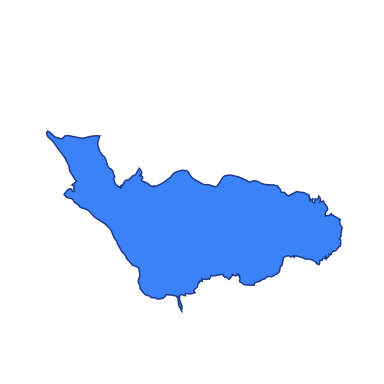 Magherani, Mures, Romania, rotated 236°
{"feature_id": "2599482B35155087466971", "entity_name": "Magherani", "entity_type": "district", "adm_level": 2, "iso_a3": "ROU", "parent_name": "Romania", "parent_adm1": "Mures", "projection": "equal_earth", "projection_center": [24.936, 46.581], "detail": "fine", "context": "isolated", "style": "filled", "palette": "blue", "viewbox_px": 384, "rotation_deg": 236, "n_neighbors": 0, "source": "geoboundaries", "source_scale": "gbopen_adm2", "svg_char_len": 5959}
<svg xmlns="http://www.w3.org/2000/svg" viewBox="0 0 384 384"><g transform="rotate(236 192 192)"><path d="M134.2,274.5L134.7,272.4L134.7,270.0L135.3,269.5L136.9,268.9L140.1,268.4L141.5,266.0L141.8,265.9L145.0,266.6L149.4,266.2L150.5,265.0L152.1,263.8L155.4,259.2L157.6,256.6L159.2,255.2L161.8,253.4L163.1,252.9L164.5,251.9L165.6,251.0L166.7,249.5L168.2,245.0L171.4,243.6L178.3,239.2L184.0,234.0L185.9,231.2L187.1,228.1L187.0,226.6L186.6,225.1L182.7,216.3L183.4,214.4L184.2,213.3L188.3,210.3L191.6,205.9L202.4,200.3L207.9,199.7L209.6,200.1L211.5,199.8L213.0,199.1L213.6,198.3L214.5,196.8L214.9,196.8L215.8,195.8L217.8,188.6L217.4,185.8L216.3,182.8L216.1,181.9L216.2,179.0L216.0,177.6L215.8,172.3L216.1,170.0L217.0,165.3L216.9,164.9L217.1,164.6L217.5,164.8L218.3,164.3L217.8,163.8L218.0,163.4L217.8,163.0L218.7,162.6L219.8,161.4L220.9,161.0L221.4,160.5L221.8,160.4L222.2,160.6L223.2,160.2L223.6,159.8L224.8,159.8L225.3,159.6L225.9,158.9L226.1,158.2L227.0,158.2L228.0,157.3L228.5,157.3L228.8,157.0L229.7,156.7L230.3,157.0L230.9,157.6L231.1,158.6L231.4,159.1L232.3,159.5L233.6,159.2L234.8,157.9L235.0,158.0L234.8,159.4L235.3,160.2L236.3,161.4L238.7,161.7L241.2,161.5L237.8,154.6L238.1,153.2L238.6,152.2L237.6,147.4L237.5,146.3L238.6,144.1L238.5,142.6L238.1,141.3L237.5,140.0L236.3,138.3L236.4,138.1L236.7,137.9L236.3,136.8L236.4,136.6L236.9,137.2L237.0,137.2L236.9,135.9L236.8,135.7L235.1,135.8L235.1,135.6L238.1,133.5L239.0,133.7L240.1,133.2L241.8,133.1L244.7,133.6L246.8,134.6L247.2,135.8L247.7,136.4L248.8,136.8L250.2,136.8L254.0,138.1L255.2,138.0L256.7,137.6L257.3,137.2L258.7,136.7L260.5,136.7L261.6,136.8L262.9,137.4L268.1,138.9L270.5,139.0L272.5,138.3L274.7,138.2L276.8,138.2L278.9,138.6L283.3,140.1L285.3,141.1L288.0,144.2L290.0,147.0L292.0,144.3L294.4,140.0L297.5,131.8L298.8,130.1L308.5,120.4L309.5,118.0L309.2,116.2L308.8,114.9L308.9,113.7L310.5,112.2L314.2,109.2L315.5,108.7L317.5,108.4L321.4,107.4L323.2,106.4L322.8,105.3L321.7,104.2L319.7,103.6L318.0,103.5L310.2,105.3L308.3,105.1L304.6,105.1L294.6,105.7L290.6,105.7L285.5,104.9L282.6,104.6L279.1,102.9L277.3,102.4L265.3,102.1L264.9,96.4L263.6,97.0L263.3,97.4L262.5,97.7L261.9,97.2L261.5,96.7L261.5,96.3L261.0,96.2L260.4,95.4L259.3,95.4L258.5,94.8L258.6,93.9L258.9,93.5L261.1,93.5L262.5,93.2L263.0,92.6L263.2,92.0L263.3,90.7L263.0,89.1L262.3,86.4L261.3,84.4L257.8,85.2L257.0,85.7L253.4,88.7L251.7,89.0L249.3,88.8L245.8,90.2L241.7,90.8L237.6,94.1L234.7,95.7L233.5,96.1L227.4,96.9L224.5,97.6L214.7,101.9L208.7,103.3L205.5,103.5L198.6,102.0L196.0,101.9L193.2,102.1L191.0,101.3L183.4,100.6L180.0,100.7L178.8,101.2L175.4,101.2L173.3,100.5L169.6,101.3L164.9,101.6L160.0,104.9L158.8,105.4L153.9,103.2L150.8,101.4L150.2,99.6L147.7,97.2L143.0,96.2L140.7,94.8L139.7,95.1L138.6,95.2L137.6,95.1L133.5,95.7L131.1,97.0L130.3,98.4L127.1,99.3L125.2,102.0L122.5,103.6L122.1,104.2L121.9,105.2L120.9,106.0L121.0,107.6L120.1,108.5L120.3,109.8L120.3,111.5L121.2,112.1L121.0,113.6L120.2,114.5L117.0,118.7L116.2,119.2L115.9,119.3L114.7,120.7L114.1,120.9L113.2,120.7L113.1,121.4L112.5,121.5L107.6,118.6L105.1,117.6L103.8,117.2L103.2,117.8L101.3,117.1L99.7,116.8L99.0,116.9L100.1,117.4L100.9,118.5L102.6,119.5L103.2,120.1L104.0,119.9L104.9,120.2L105.4,120.1L105.7,120.5L106.3,120.3L107.1,121.0L107.9,121.0L108.7,121.3L110.0,121.2L110.4,121.4L110.8,121.9L110.9,122.5L111.9,122.8L112.4,123.2L112.5,123.6L113.3,124.1L112.8,126.1L110.1,128.0L109.7,128.8L111.5,129.8L111.5,130.2L109.1,132.6L108.1,134.3L106.9,138.3L108.4,138.2L109.3,138.7L109.8,139.1L109.9,139.7L109.9,140.9L110.5,143.5L112.9,146.0L112.6,147.4L113.0,147.7L113.8,148.0L113.1,149.6L112.2,150.5L114.7,151.8L113.2,152.7L110.8,156.2L110.9,157.2L110.2,157.6L112.0,161.4L111.1,162.0L109.4,164.9L108.9,165.9L108.9,166.8L108.2,167.7L107.7,169.5L106.7,170.5L106.4,171.2L106.2,171.4L103.2,171.4L103.1,172.4L101.1,173.3L98.9,173.8L99.1,175.2L100.4,179.0L100.9,179.1L101.2,179.4L101.0,179.6L99.2,180.3L98.1,181.2L98.0,181.8L98.2,182.5L98.6,183.2L99.0,183.5L98.6,184.1L97.5,183.9L97.1,183.6L96.9,183.7L96.7,184.9L96.3,185.0L95.3,184.0L94.5,183.4L93.3,183.6L91.4,181.4L90.8,181.4L88.3,182.6L86.6,183.0L84.6,185.0L81.7,188.9L80.0,191.5L80.9,192.2L81.4,193.3L81.4,194.0L81.0,195.7L79.9,199.0L80.2,201.5L80.0,202.2L79.3,203.1L79.6,203.5L79.5,205.4L79.6,206.4L79.3,208.1L77.3,210.4L76.9,212.0L76.9,215.2L76.5,217.0L77.0,219.6L77.3,220.1L81.0,223.8L80.8,224.9L80.9,225.6L81.2,226.1L82.2,227.1L83.8,228.2L85.2,230.1L85.9,230.6L86.3,231.4L86.4,232.6L86.2,233.9L85.3,236.1L84.3,237.0L83.0,237.4L82.7,237.7L82.5,238.5L82.8,239.0L82.8,240.0L80.6,240.2L80.9,240.9L81.5,241.0L81.3,241.8L80.4,242.9L79.8,243.6L76.8,245.9L75.9,246.8L75.1,247.4L73.8,247.9L72.6,249.2L72.0,249.6L71.4,251.1L70.1,252.4L66.9,254.6L63.8,255.8L63.2,255.1L60.8,256.6L61.0,257.2L61.5,257.9L63.1,259.1L63.7,260.0L62.5,261.8L63.5,262.6L63.7,263.1L62.5,265.1L63.7,265.9L63.9,267.0L61.4,265.7L62.2,269.7L63.9,270.5L62.8,271.6L62.4,271.7L62.4,272.7L63.3,272.9L63.9,275.9L63.0,278.1L63.3,279.9L63.9,280.8L64.0,282.3L64.6,283.9L64.3,284.8L64.5,285.2L66.0,286.2L67.1,287.1L69.4,288.5L70.7,287.8L70.6,288.3L72.5,291.3L74.2,292.3L78.7,296.6L79.6,296.8L81.4,296.4L83.4,297.1L85.4,298.1L86.2,299.6L91.3,297.1L92.6,296.1L93.5,296.3L94.8,295.3L96.2,295.4L96.2,295.2L95.6,294.5L95.8,293.8L96.1,293.7L95.5,292.8L95.5,292.6L96.2,292.0L97.7,289.1L99.1,290.0L100.3,291.0L100.9,292.3L101.0,293.1L101.4,294.3L102.1,295.0L103.5,295.5L105.6,295.7L107.6,295.4L111.1,295.8L112.0,292.2L112.7,293.3L113.5,294.0L114.5,294.6L116.2,294.8L117.7,294.7L116.8,293.8L116.2,293.0L115.9,292.2L115.8,291.3L116.0,290.9L116.6,290.5L117.4,290.5L117.5,290.2L114.5,287.7L114.7,287.2L116.3,286.3L116.4,286.5L117.2,286.4L118.0,287.9L118.6,288.4L118.8,288.5L119.0,288.3L118.6,287.6L118.4,287.0L119.7,286.3L119.0,284.9L120.8,285.4L121.5,286.4L122.2,286.3L124.0,287.3L124.6,287.3L125.0,287.1L126.2,285.7L128.7,284.7L129.5,283.8L130.6,282.3L133.6,279.3L134.0,278.3L133.8,277.2L134.3,275.7L134.2,274.5Z" fill="#3b82f6" stroke="#1e3a8a" stroke-width="1.5"/></g></svg>